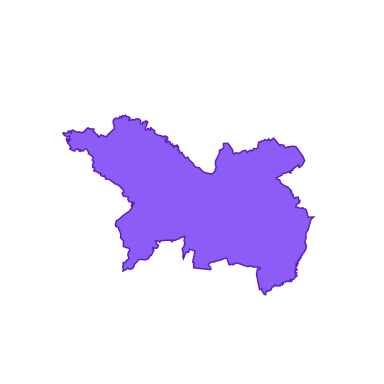 Ixcatepec, Veracruz, Mexico (Natural Earth projection), rotated 314°
{"feature_id": "50627088B76588814495844", "entity_name": "Ixcatepec", "entity_type": "district", "adm_level": 2, "iso_a3": "MEX", "parent_name": "Mexico", "parent_adm1": "Veracruz", "projection": "natural_earth1", "projection_center": [-98.025, 21.249], "detail": "fine", "context": "isolated", "style": "filled", "palette": "violet", "viewbox_px": 384, "rotation_deg": 314, "n_neighbors": 0, "source": "geoboundaries", "source_scale": "gbopen_adm2", "svg_char_len": 6052}
<svg xmlns="http://www.w3.org/2000/svg" viewBox="0 0 384 384"><g transform="rotate(314 192 192)"><path d="M257.7,282.9L255.1,280.7L254.3,278.1L253.3,277.1L253.5,276.6L255.7,275.9L259.1,276.8L260.7,275.5L259.9,275.1L262.1,272.1L260.3,270.4L258.7,270.4L258.7,268.3L259.4,267.8L259.3,267.1L260.4,266.4L260.6,262.9L261.8,262.9L262.1,257.3L260.8,254.5L260.3,251.5L260.3,249.1L261.7,246.3L260.1,244.4L260.0,243.6L260.6,243.6L260.8,242.9L266.4,244.9L267.7,244.4L268.8,244.7L270.6,246.2L274.1,247.5L273.5,248.4L274.5,250.0L275.9,248.2L277.6,249.3L277.8,248.5L285.6,249.9L283.8,251.9L285.1,252.4L288.4,252.5L292.7,251.3L294.5,247.4L296.8,235.2L294.6,232.3L290.4,229.3L288.7,228.7L288.8,226.8L289.4,225.4L287.3,222.8L286.4,222.9L287.5,213.3L283.3,212.7L283.6,210.3L281.2,210.4L280.3,208.0L279.6,208.1L274.1,205.4L270.0,208.2L268.5,208.7L267.7,208.4L266.2,206.1L263.7,206.8L263.0,205.3L261.8,204.6L258.8,204.4L259.4,202.1L257.7,200.3L252.5,199.0L250.8,196.4L248.2,195.4L250.6,191.5L252.0,184.0L248.9,181.0L248.2,181.2L246.3,183.7L245.2,184.1L243.7,184.1L241.9,182.9L240.6,183.1L238.4,185.1L230.9,187.3L228.3,189.4L226.7,192.1L222.5,194.1L219.6,194.0L218.0,193.0L214.5,187.0L214.2,183.1L214.6,180.6L212.9,178.1L212.3,176.4L213.4,172.3L213.1,168.1L214.1,164.8L212.4,164.2L211.9,162.7L212.8,160.0L212.6,158.7L213.6,157.3L212.2,156.6L212.0,155.7L213.1,154.5L212.6,152.6L213.4,152.6L215.1,150.8L215.4,148.6L214.6,148.5L214.2,149.5L213.4,147.2L212.8,147.0L211.8,147.9L211.8,145.9L212.9,144.6L211.6,143.8L211.3,143.0L212.5,142.3L212.6,141.0L212.0,139.3L211.4,138.9L211.1,139.7L210.0,139.6L209.8,138.8L209.9,137.6L211.0,137.5L211.8,136.2L212.3,137.5L213.6,137.5L214.4,135.5L213.4,133.5L211.1,133.1L211.4,131.3L209.0,127.5L208.5,124.2L209.9,122.7L210.1,121.5L209.5,119.4L209.8,117.9L209.3,117.5L207.7,118.9L207.2,118.4L207.4,117.0L206.8,116.1L204.7,116.1L204.5,115.2L205.4,114.1L211.5,111.7L211.7,110.9L210.8,109.2L209.9,110.0L208.4,108.2L207.6,108.3L206.3,109.3L205.9,106.8L207.8,105.3L207.4,102.6L205.5,100.8L204.1,100.9L203.1,99.0L199.9,97.3L199.7,96.8L200.2,96.3L201.9,96.3L202.2,95.4L201.8,93.6L200.8,92.6L200.9,90.6L199.1,90.4L198.9,89.0L197.1,88.8L196.4,89.7L196.2,87.8L194.7,88.5L194.4,87.8L192.7,87.4L192.6,86.0L190.4,85.3L188.0,86.1L184.2,91.6L183.4,92.1L174.6,91.7L172.1,92.1L170.0,87.0L166.9,86.8L166.8,85.7L167.5,84.8L167.0,81.5L167.5,80.4L166.8,79.7L167.5,78.6L169.1,77.7L165.9,74.0L166.1,72.8L165.1,72.3L163.4,72.3L162.6,72.9L161.4,72.2L160.4,72.7L158.9,71.7L158.1,72.0L157.3,69.5L154.9,67.3L153.7,63.1L151.6,62.5L150.9,64.3L150.2,63.9L150.6,63.4L150.6,61.2L149.5,60.7L148.9,61.6L146.8,60.7L145.4,58.4L144.7,58.3L144.1,60.1L145.0,64.3L147.1,65.0L146.0,66.4L144.9,66.8L145.2,68.5L144.4,67.5L143.2,68.5L142.8,68.2L144.0,65.9L143.2,64.7L142.5,65.0L140.7,69.2L141.1,70.6L140.1,72.6L140.0,74.0L138.1,74.1L139.6,78.8L140.8,79.4L142.5,78.7L143.2,79.3L143.2,80.2L144.0,80.6L143.1,82.3L143.6,83.4L144.8,82.5L145.1,84.4L146.0,85.2L149.0,85.2L149.6,86.0L148.9,89.9L147.5,90.8L148.2,92.6L148.0,93.4L148.6,96.0L148.1,97.0L145.6,98.0L145.5,100.7L144.1,100.8L142.1,101.9L140.8,103.8L141.8,105.4L140.9,106.1L139.2,106.3L139.1,107.2L139.9,108.0L140.2,109.5L140.8,109.9L140.9,112.4L141.9,112.8L140.5,115.2L141.9,117.7L143.1,117.7L141.3,121.0L143.5,123.3L144.5,131.6L145.6,132.5L145.5,134.2L146.1,135.1L145.8,136.7L146.4,137.4L145.6,138.5L146.1,141.0L145.4,141.5L144.6,143.1L142.7,142.5L141.6,144.8L141.6,145.8L143.3,148.3L143.9,150.2L142.1,151.0L141.3,153.3L142.8,155.4L142.3,156.9L143.7,156.5L144.1,157.8L143.1,158.6L141.3,157.1L141.0,158.4L140.2,157.8L139.8,158.0L139.9,159.5L135.1,160.3L128.1,158.9L121.4,158.4L118.9,157.6L115.6,159.3L114.3,160.9L115.5,163.8L114.6,164.6L112.4,170.0L109.4,172.5L109.2,176.6L105.1,180.5L107.8,186.0L106.8,188.1L105.9,187.7L103.1,188.8L101.7,190.2L100.5,192.9L96.5,192.5L95.7,193.1L94.6,192.7L93.7,191.6L93.0,191.7L92.4,192.8L90.5,193.8L88.7,196.2L87.2,197.2L89.5,198.2L92.8,198.7L92.8,200.2L94.8,202.2L95.5,201.9L96.7,202.4L100.6,200.7L103.7,201.0L106.0,200.5L108.6,202.6L110.6,205.4L113.4,206.9L115.9,206.5L116.3,205.9L118.1,206.7L123.6,205.1L124.1,203.9L123.7,203.2L124.6,202.3L126.5,205.2L127.9,205.8L128.7,205.6L130.4,204.8L130.3,201.4L131.2,201.0L131.5,200.0L133.1,201.3L133.4,203.7L134.7,203.4L135.8,203.8L142.7,210.2L142.2,210.6L142.5,212.3L144.0,211.4L144.7,213.0L150.4,215.5L150.9,215.2L155.0,217.7L151.4,220.2L150.1,222.8L149.3,222.7L148.0,223.8L144.1,224.6L142.2,228.0L138.9,230.6L138.1,232.1L143.5,229.9L145.0,230.0L146.3,231.3L149.2,230.1L151.6,235.2L143.4,240.3L141.9,241.6L142.6,243.0L141.2,243.3L138.7,245.9L149.1,259.3L150.3,258.6L151.3,253.9L152.7,253.9L155.4,254.9L157.2,256.7L159.3,257.4L163.6,260.3L166.9,261.4L168.6,263.5L165.8,268.3L165.5,269.4L168.3,271.2L168.1,272.0L172.1,273.3L177.2,284.2L178.4,284.7L180.1,286.5L180.7,288.3L183.9,291.5L184.4,292.5L184.9,293.7L183.3,294.6L182.3,292.4L177.7,295.4L168.7,308.4L170.8,309.5L169.7,310.6L168.6,315.0L169.3,316.3L171.8,314.5L172.8,315.2L173.6,315.0L174.1,316.0L176.4,316.8L179.4,315.7L181.2,316.7L181.6,316.2L183.1,316.2L183.3,318.4L183.7,318.3L185.2,319.9L185.4,320.6L186.2,320.7L186.4,320.1L188.2,320.2L188.2,321.4L188.7,321.0L189.5,321.5L190.0,321.0L189.7,320.3L191.2,320.7L192.1,321.7L195.1,323.0L195.1,324.4L196.2,324.7L196.6,325.4L197.9,325.3L197.7,324.7L197.1,325.1L197.5,323.8L198.6,325.2L200.1,325.7L202.7,325.3L203.4,325.6L203.4,325.0L204.5,324.9L204.7,324.3L204.9,324.8L205.2,323.2L205.9,323.4L205.9,322.5L206.4,322.9L206.2,321.8L206.8,320.7L207.8,321.3L208.7,320.8L208.7,321.6L209.1,321.7L209.3,319.0L209.5,319.8L210.1,318.9L211.4,318.3L211.7,318.8L212.7,317.9L211.5,317.1L212.6,317.6L213.0,318.2L213.3,318.1L213.2,316.8L214.3,317.7L215.0,316.2L216.2,316.8L216.7,316.2L216.7,316.6L218.4,316.3L218.4,315.6L220.2,316.0L220.0,315.4L220.9,315.6L222.6,314.5L223.3,315.1L223.5,314.5L226.9,314.4L229.8,313.6L232.8,311.6L233.2,309.8L234.1,309.3L234.1,308.7L235.5,307.1L238.2,306.0L241.3,302.6L245.5,301.8L254.9,296.6L258.4,296.8L255.0,293.5L254.8,292.8L258.3,286.9L258.5,285.7L257.6,284.1L257.7,282.9Z" fill="#8b5cf6" stroke="#5b21b6" stroke-width="1.5"/></g></svg>